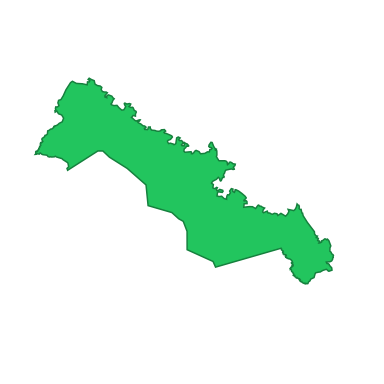 outline of Wassa Amenfi West, Western, Ghana, rotated 116°
{"feature_id": "2480657B13145859726554", "entity_name": "Wassa Amenfi West", "entity_type": "district", "adm_level": 2, "iso_a3": "GHA", "parent_name": "Ghana", "parent_adm1": "Western", "projection": "natural_earth1", "projection_center": [-2.483, 5.745], "detail": "fine", "context": "isolated", "style": "filled", "palette": "green", "viewbox_px": 384, "rotation_deg": 116, "n_neighbors": 0, "source": "geoboundaries", "source_scale": "gbopen_adm2", "svg_char_len": 6024}
<svg xmlns="http://www.w3.org/2000/svg" viewBox="0 0 384 384"><g transform="rotate(116 192 192)"><path d="M134.8,334.3L136.4,334.7L136.8,332.6L138.2,332.7L138.8,334.2L141.6,333.2L142.8,338.0L145.1,343.6L144.9,348.0L146.9,349.1L155.4,350.1L161.9,349.9L166.4,350.3L168.1,352.1L170.7,351.6L172.8,349.4L174.8,350.4L175.1,351.7L176.6,351.5L177.8,350.4L178.9,350.9L180.2,350.0L178.5,348.9L180.2,346.3L179.9,342.9L181.9,339.8L185.8,339.4L188.4,341.4L190.7,342.3L192.4,343.7L192.5,344.2L193.5,344.3L193.7,344.9L194.8,344.7L196.8,345.6L197.5,346.7L199.1,347.4L200.3,348.5L203.2,347.4L204.5,347.8L205.6,349.0L206.8,348.7L209.6,350.2L210.7,349.9L212.0,348.3L212.3,348.7L213.1,348.5L213.9,349.6L214.4,349.1L215.4,349.5L216.2,348.4L217.2,348.5L217.7,349.0L218.8,348.4L219.9,348.9L220.9,348.3L221.8,348.9L223.3,348.6L223.6,348.9L223.4,349.7L224.0,350.1L224.7,350.0L225.7,349.2L226.9,349.4L226.3,348.4L225.6,348.0L224.8,345.8L223.6,345.7L223.4,345.4L223.9,343.4L223.8,342.4L222.5,338.5L223.3,336.8L222.9,335.1L222.2,334.5L222.1,333.5L220.7,331.1L219.8,330.6L219.9,329.0L219.0,323.5L219.5,322.1L220.1,316.8L220.5,316.1L223.4,313.9L225.6,314.7L227.0,313.3L196.4,294.6L194.2,290.1L196.9,281.5L199.2,260.6L205.8,236.4L223.5,225.5L219.3,201.1L221.9,192.2L222.2,187.0L229.5,179.2L246.0,171.1L245.2,142.6L249.2,137.9L203.6,87.4L204.0,87.2L203.9,86.6L204.8,86.2L205.2,84.0L206.4,84.2L206.8,83.8L206.8,83.1L207.6,82.9L207.5,82.5L208.0,81.8L207.2,80.2L207.6,79.5L208.8,79.9L209.1,79.2L209.5,79.1L209.3,78.8L209.8,78.0L209.6,77.2L209.8,76.3L209.3,74.8L209.7,72.7L210.3,71.6L210.9,71.4L211.1,70.9L211.9,71.5L212.3,70.5L212.7,70.9L212.8,70.7L212.9,69.4L213.7,68.9L213.8,69.4L214.6,69.3L214.6,69.8L215.2,69.6L215.2,69.4L215.9,69.8L215.9,69.5L217.7,70.3L218.0,69.4L218.5,69.5L218.3,69.1L218.6,68.4L219.8,67.6L220.0,66.2L220.7,65.6L220.8,65.0L221.5,64.7L221.6,64.3L222.6,64.4L222.6,63.6L222.1,63.0L223.0,62.4L223.1,61.2L223.5,60.6L222.9,60.1L223.3,59.8L222.9,57.3L223.5,56.1L223.9,56.1L224.1,56.7L224.8,55.6L224.9,54.9L224.4,54.2L224.8,54.0L225.1,52.5L225.0,50.8L224.7,50.8L224.8,50.1L224.5,50.2L224.1,49.6L224.2,48.6L223.5,47.7L221.6,47.8L220.2,47.0L218.3,47.1L215.4,44.8L211.6,45.5L210.4,45.4L208.3,42.8L207.8,41.8L205.1,40.0L202.6,37.4L202.9,35.8L203.3,34.9L203.2,34.2L200.9,31.9L198.9,33.2L197.6,36.4L196.9,37.0L196.7,37.8L197.1,39.5L196.1,40.6L194.2,37.4L192.8,36.3L191.0,36.1L189.5,36.6L189.0,36.3L187.9,37.0L187.1,37.0L186.5,37.8L186.3,39.3L185.1,40.7L184.8,42.1L181.8,43.5L179.6,43.6L175.7,47.7L175.0,49.6L175.9,50.0L175.6,51.2L176.0,52.2L178.1,53.1L179.1,54.1L180.2,53.6L181.6,54.6L182.2,55.6L180.5,55.5L180.2,56.0L180.6,57.3L180.4,57.9L178.5,58.0L178.2,58.8L178.5,60.3L176.7,60.0L177.0,61.3L176.7,62.1L176.0,63.4L174.0,64.6L168.8,74.9L164.6,81.7L162.6,83.3L162.8,83.7L161.9,84.7L159.8,86.3L160.3,87.2L159.9,88.5L158.5,88.9L157.1,90.0L157.2,91.1L156.7,92.3L160.0,91.6L162.5,91.7L164.1,92.4L165.5,98.0L166.9,96.4L169.9,96.4L172.7,97.3L172.2,102.7L175.5,104.5L174.3,106.1L175.0,108.6L176.7,109.9L177.0,111.1L176.8,112.8L177.5,114.6L176.2,116.0L179.3,118.6L179.0,119.7L176.8,120.2L174.6,119.7L174.8,122.0L174.5,123.8L175.1,125.1L174.5,126.3L175.1,126.9L179.0,127.6L178.7,131.3L180.2,134.4L183.0,138.8L179.7,140.0L178.3,137.4L176.4,138.5L176.1,139.6L177.2,141.2L176.7,141.7L174.1,140.7L173.4,140.8L172.5,142.5L171.4,146.7L170.7,150.5L170.7,153.5L171.0,154.2L173.0,153.7L173.8,153.8L173.6,155.6L171.4,156.5L171.7,158.1L174.7,158.6L176.0,157.1L178.4,157.5L178.9,158.8L179.7,158.9L181.9,158.5L183.4,157.7L183.8,160.4L182.8,163.5L184.2,165.6L184.6,167.8L181.4,168.8L180.3,168.4L179.1,164.6L177.7,164.4L177.0,165.2L177.5,168.2L179.0,169.0L179.9,170.2L179.0,171.2L177.0,171.1L177.1,172.0L178.7,172.7L179.2,173.9L179.1,175.1L175.9,176.1L175.6,178.3L175.0,178.4L173.0,177.9L169.9,175.6L167.3,174.8L167.9,172.8L168.7,172.6L169.6,171.3L169.0,170.7L165.6,170.9L164.9,169.7L163.9,170.0L163.5,170.9L161.9,171.3L160.7,171.0L159.0,171.4L157.4,171.1L154.8,167.8L153.9,166.3L153.8,165.0L153.0,164.0L152.1,164.8L151.8,165.6L150.7,165.6L149.5,165.0L148.0,165.3L148.7,167.9L148.2,169.0L148.3,170.7L149.0,171.5L150.1,171.3L151.8,172.1L149.8,173.5L149.3,175.0L149.6,176.3L152.0,181.2L152.0,181.7L149.5,185.6L147.9,185.8L144.2,187.7L143.4,188.6L144.2,189.2L144.0,189.6L142.8,189.1L142.7,190.7L141.5,192.5L138.7,195.6L139.0,196.8L142.1,197.3L143.7,196.9L144.1,195.9L143.7,193.9L144.1,193.1L145.3,193.4L146.1,194.6L148.3,194.0L149.2,195.8L151.6,197.3L153.9,201.1L152.6,203.4L152.8,206.6L154.3,207.5L155.9,207.6L157.4,208.3L157.8,209.3L156.7,209.7L156.2,210.5L159.4,215.8L158.8,217.3L156.5,217.9L155.0,217.1L153.3,217.0L152.5,215.4L152.1,215.2L151.7,215.5L150.9,217.4L151.1,219.1L150.8,220.7L151.2,221.1L152.1,219.9L154.0,219.3L154.8,221.4L154.3,222.2L152.2,221.5L150.7,222.6L150.4,224.2L151.3,225.7L150.8,226.9L148.6,226.4L148.6,228.5L150.1,229.5L155.5,227.8L156.7,228.3L157.4,229.0L157.1,229.7L157.6,232.9L158.7,234.2L157.9,235.7L156.9,236.4L155.8,236.0L154.7,234.8L153.8,234.3L151.2,233.7L150.6,234.4L150.4,235.7L150.7,241.1L151.2,242.3L150.7,243.3L148.8,242.4L148.0,244.2L149.6,246.9L150.5,246.9L151.9,248.3L152.8,250.5L152.9,252.2L154.1,255.5L153.0,257.5L151.9,258.0L152.7,259.6L155.0,259.2L155.5,259.4L156.5,262.0L155.6,262.7L154.3,261.6L153.6,262.2L153.5,263.8L154.0,265.0L153.3,267.7L153.3,270.6L152.8,271.6L152.1,271.3L151.3,270.3L149.9,270.2L150.2,270.9L152.7,273.4L152.7,274.8L151.6,278.2L151.6,279.0L149.0,278.5L148.6,276.1L146.8,277.0L144.6,277.1L144.0,277.8L144.0,279.6L142.0,282.0L142.0,282.9L142.8,283.8L142.9,286.1L141.1,285.5L139.8,285.6L139.9,287.0L141.5,289.1L141.5,291.3L141.9,291.6L142.3,291.6L143.2,290.7L144.4,289.0L148.0,289.3L149.2,291.0L148.3,294.5L147.0,297.4L148.6,300.1L148.9,302.7L148.4,303.4L146.9,303.0L144.4,303.3L142.3,302.8L142.1,304.1L141.0,306.1L141.3,309.6L141.5,309.9L143.5,310.8L144.6,310.0L144.8,311.9L143.5,312.5L139.9,311.6L139.8,313.1L140.4,314.1L141.0,316.5L139.7,318.6L137.5,318.9L137.0,320.9L137.8,323.7L137.6,325.8L137.4,326.6L134.8,328.7L135.0,331.7L134.8,334.3Z" fill="#22c55e" stroke="#15803d" stroke-width="1.5"/></g></svg>